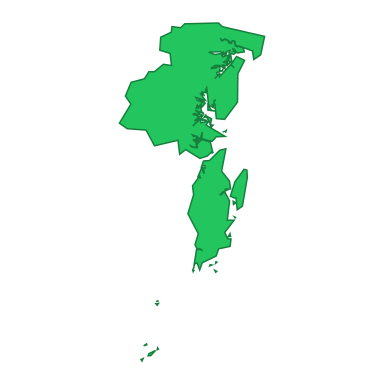 outline of Kota Baru, Kalimantan Selatan, Indonesia
{"feature_id": "22746128B85816588264471", "entity_name": "Kota Baru", "entity_type": "district", "adm_level": 2, "iso_a3": "IDN", "parent_name": "Indonesia", "parent_adm1": "Kalimantan Selatan", "projection": "orthographic", "projection_center": [116.169, -3.525], "detail": "fine", "context": "isolated", "style": "filled", "palette": "green", "viewbox_px": 384, "rotation_deg": 0, "n_neighbors": 0, "source": "geoboundaries", "source_scale": "gbopen_adm2", "svg_char_len": 5858}
<svg xmlns="http://www.w3.org/2000/svg" viewBox="0 0 384 384"><path d="M159.8,50.2L170.1,53.4L171.5,65.5L163.4,64.3L154.4,71.7L148.9,71.7L144.4,78.8L131.1,82.3L125.4,96.1L130.9,104.1L119.4,123.2L127.2,128.7L146.1,130.1L154.5,145.8L178.0,140.3L179.7,154.3L185.7,149.6L199.9,158.4L207.2,156.1L212.5,151.2L210.4,142.1L201.8,139.5L197.1,143.8L197.6,143.7L197.7,143.9L196.6,144.9L197.4,146.4L197.3,147.4L196.8,147.8L196.2,147.9L195.4,146.9L194.2,147.6L191.2,146.5L190.7,145.7L194.0,147.4L195.5,146.8L196.8,147.6L196.5,144.8L197.7,142.4L196.2,142.7L196.7,140.8L196.0,140.3L195.2,141.3L194.2,141.1L194.1,140.7L194.2,140.1L193.4,139.9L193.4,139.6L194.3,139.9L195.0,141.2L195.7,139.3L196.4,140.2L197.0,139.3L197.7,138.9L199.6,139.5L198.1,137.9L196.5,139.1L197.0,136.4L193.6,136.5L193.7,135.8L193.3,135.9L193.0,135.3L193.0,135.0L192.8,135.5L192.6,135.4L192.3,134.8L196.9,136.3L200.3,139.4L202.2,132.1L201.9,138.7L212.0,141.4L216.3,136.8L225.1,136.4L206.0,125.0L208.7,121.1L200.7,122.8L200.1,119.0L192.7,126.0L199.6,118.4L194.4,120.8L198.8,117.5L195.8,114.9L193.8,115.0L193.1,114.1L195.7,113.4L199.2,117.3L202.9,115.2L198.6,114.0L199.6,113.1L198.0,113.4L197.9,111.8L196.2,111.2L196.0,110.6L204.0,113.7L201.4,111.5L200.4,105.9L198.3,108.3L197.8,106.6L196.8,107.9L196.6,107.9L196.6,108.1L196.2,108.3L196.1,108.2L197.4,105.0L198.9,107.0L201.3,103.6L201.6,107.5L205.3,103.2L197.4,100.3L195.8,97.5L205.5,100.4L201.1,94.4L203.7,95.3L201.4,93.0L201.9,91.8L205.8,92.7L205.5,89.8L206.7,87.7L208.6,105.2L214.0,107.8L212.3,104.5L214.2,104.1L214.1,100.9L214.3,100.3L215.1,100.3L215.2,99.9L214.9,99.7L215.3,99.9L215.1,100.4L214.2,100.9L214.4,103.8L212.9,105.5L215.0,104.7L216.3,118.6L224.6,119.4L237.5,102.1L237.9,73.7L244.6,60.4L236.5,56.5L230.9,64.6L234.4,67.7L230.6,64.7L221.1,75.0L219.1,73.3L219.0,75.0L219.6,76.0L219.8,76.8L219.7,77.0L218.8,74.7L214.6,78.6L218.6,74.7L217.1,74.4L216.7,72.5L223.3,70.6L219.7,70.6L220.0,65.9L218.4,66.7L216.9,67.0L216.5,67.8L215.7,67.9L211.4,68.6L211.5,67.5L213.1,67.7L213.2,66.7L214.5,65.8L215.3,65.8L215.8,66.2L215.9,65.3L219.6,65.5L224.9,68.7L225.0,65.7L222.5,66.3L222.4,65.0L226.9,65.6L226.7,64.8L227.6,63.7L227.2,62.9L225.7,62.9L225.4,62.1L225.3,62.6L225.1,62.7L224.7,62.3L224.2,62.5L224.1,62.4L224.1,62.1L223.8,62.3L223.6,62.2L224.8,61.2L227.4,62.7L226.9,59.5L229.3,54.8L222.6,56.9L221.0,53.6L214.8,54.5L208.6,52.1L221.0,51.7L222.8,54.8L222.9,54.7L222.5,54.0L222.3,53.3L222.8,52.3L223.5,52.1L223.0,54.8L226.1,52.3L225.9,54.7L227.2,51.0L229.9,50.5L228.8,52.9L233.8,54.3L236.0,52.2L233.4,51.3L234.7,50.6L234.2,49.7L234.1,49.3L233.7,49.5L232.8,49.2L232.9,48.8L234.1,49.2L237.2,53.0L244.3,51.9L243.4,48.2L239.8,46.9L238.7,46.0L237.5,46.9L235.5,46.1L234.1,40.8L232.0,41.0L231.6,43.2L230.9,43.4L228.7,42.9L228.4,42.4L228.1,40.4L225.8,39.9L225.3,39.6L224.9,39.0L223.2,40.4L222.7,40.7L222.1,40.8L221.7,40.9L221.2,40.4L220.5,38.0L221.6,40.7L224.8,38.9L228.3,40.4L230.8,43.3L232.0,40.9L233.9,40.6L234.9,41.5L235.8,46.1L238.7,45.9L252.5,50.9L253.8,59.5L260.7,54.8L264.6,36.4L222.4,26.7L218.5,23.0L184.7,23.8L180.7,27.7L172.0,26.6L171.3,32.2L160.7,37.2L159.8,50.2ZM196.6,249.3L193.8,266.6L194.8,263.9L197.0,262.8L199.7,269.9L202.2,262.8L216.2,256.0L218.6,248.8L230.1,246.4L231.0,238.9L227.9,239.0L224.7,232.5L234.1,220.2L227.3,220.2L229.6,201.0L225.0,192.4L223.8,192.9L222.1,192.6L222.0,193.8L221.6,194.6L221.3,194.7L220.9,194.3L220.8,194.6L220.7,194.7L220.4,194.7L220.2,194.5L221.0,194.2L221.4,194.6L222.1,192.5L227.5,189.9L225.8,189.6L224.6,189.3L230.6,188.9L229.5,181.1L221.6,171.2L225.9,148.8L219.8,150.2L209.5,160.5L203.5,161.0L201.6,166.4L204.9,165.5L205.2,168.0L200.7,167.6L201.7,168.1L203.8,170.0L204.2,173.7L201.5,168.3L197.8,176.9L198.7,177.1L198.5,176.8L198.3,176.0L198.4,175.9L198.8,175.7L199.1,175.7L199.4,176.0L199.6,176.0L199.8,176.0L200.6,178.5L198.5,175.8L198.8,177.2L192.5,185.9L193.6,194.6L187.9,213.8L198.3,233.7L195.0,244.8L197.5,249.6L198.9,248.6L200.7,249.0L201.2,249.5L200.9,249.6L201.4,249.7L201.6,250.1L198.9,248.7L197.8,249.7L196.6,249.3ZM244.0,169.3L234.9,181.8L230.4,196.2L234.7,198.1L235.6,197.7L236.0,197.9L237.2,209.8L242.4,206.2L247.3,177.7L246.9,170.1L244.0,169.3ZM207.9,105.0L207.9,110.1L215.3,111.1L211.5,110.3L207.9,105.0ZM230.7,54.9L228.2,59.9L228.5,61.1L229.4,61.3L229.8,62.2L227.1,65.6L231.8,61.1L230.7,54.9ZM211.6,118.8L206.0,115.8L210.5,124.3L211.6,118.8ZM155.5,350.5L149.1,353.5L148.1,355.8L150.8,355.6L155.5,350.5ZM204.5,119.7L202.4,120.1L206.9,120.6L204.5,119.7ZM230.6,236.4L230.0,233.7L228.3,236.7L230.6,236.4ZM213.0,125.1L210.2,124.8L211.2,127.3L213.0,125.1ZM233.5,204.5L235.7,202.9L233.2,201.3L233.5,204.5ZM143.7,345.8L146.8,344.8L146.6,343.9L143.7,345.8ZM198.9,139.6L196.6,140.1L198.1,141.7L198.9,139.6ZM158.4,303.5L155.9,303.7L157.1,305.2L158.4,303.5ZM141.0,359.5L142.0,361.0L143.1,358.5L141.0,359.5ZM216.3,66.2L215.9,65.4L215.9,66.3L214.5,65.9L214.3,66.9L216.3,66.2ZM204.2,117.4L205.6,117.1L205.6,115.5L204.2,117.4ZM202.6,118.8L200.1,118.8L202.0,120.3L202.6,118.8ZM211.8,265.0L210.2,264.7L209.7,265.9L211.8,265.0ZM216.7,271.4L214.8,270.3L215.7,272.2L216.7,271.4ZM216.0,261.7L215.7,263.2L216.9,262.2L216.0,261.7ZM226.2,130.5L224.8,131.5L225.7,132.1L226.2,130.5ZM193.9,270.4L192.8,270.1L193.2,271.6L193.9,270.4ZM224.2,54.8L225.7,54.8L224.2,54.2L224.2,54.8ZM158.4,349.2L157.6,347.9L157.2,349.7L158.4,349.2ZM203.4,93.6L202.0,93.4L203.8,94.7L203.4,93.6ZM158.7,301.1L157.3,300.9L157.1,301.2L158.7,301.1ZM203.1,100.7L201.3,100.7L203.4,101.0L203.1,100.7ZM223.1,132.3L223.6,131.5L223.2,131.8L223.1,132.3ZM213.0,152.3L212.5,151.9L212.4,152.8L213.0,152.3ZM235.4,217.4L234.4,216.9L235.0,217.9L235.4,217.4ZM193.9,267.9L193.8,266.9L193.4,268.4L193.9,267.9ZM200.3,99.7L199.0,99.0L198.8,99.0L199.0,99.5L200.3,99.7ZM223.4,69.7L222.9,69.2L222.3,69.0L223.4,69.7ZM201.0,117.2L201.5,117.3L201.7,117.1L201.0,117.2ZM201.2,100.2L200.1,100.0L201.1,100.4L201.2,100.2Z" fill="#22c55e" stroke="#15803d" stroke-width="1.5"/></svg>